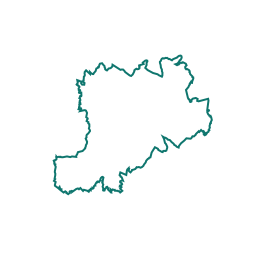 Tepetlán, Veracruz, Mexico (Albers equal-area conic projection), rotated 34°
{"feature_id": "50627088B10984666318853", "entity_name": "Tepetlán", "entity_type": "district", "adm_level": 2, "iso_a3": "MEX", "parent_name": "Mexico", "parent_adm1": "Veracruz", "projection": "albers", "projection_center": [-96.778, 19.664], "detail": "fine", "context": "isolated", "style": "outline", "palette": "teal", "viewbox_px": 256, "rotation_deg": 34, "n_neighbors": 0, "source": "geoboundaries", "source_scale": "gbopen_adm2", "svg_char_len": 5822}
<svg xmlns="http://www.w3.org/2000/svg" viewBox="0 0 256 256"><g transform="rotate(34 128 128)"><path d="M59.2,116.7L61.1,118.6L61.1,120.7L61.7,120.8L62.2,120.4L63.0,120.9L63.8,120.7L64.6,120.9L64.9,121.5L64.9,122.8L65.9,124.0L67.0,123.4L67.3,123.6L67.2,125.0L67.4,125.9L67.8,126.2L68.7,125.8L68.7,125.0L69.4,124.7L71.4,127.4L71.4,127.8L70.5,128.2L71.0,130.3L71.4,130.1L72.9,131.5L72.8,132.5L73.4,133.6L73.9,133.4L74.7,134.2L74.3,134.6L75.1,135.0L74.5,135.8L76.0,137.6L75.7,138.1L76.3,139.0L76.5,140.1L77.9,139.7L77.3,138.6L78.0,138.0L78.6,138.4L79.1,139.6L79.0,140.6L81.8,137.7L82.6,137.2L83.4,137.1L85.6,138.4L87.3,142.4L89.2,142.6L89.5,143.0L89.4,143.8L89.8,145.4L91.9,145.3L92.4,146.3L93.8,146.5L95.3,148.6L95.8,150.2L97.7,151.2L98.2,151.8L98.1,154.8L97.6,156.6L98.0,157.9L98.9,159.0L98.8,160.4L101.8,162.3L102.6,164.0L102.7,165.8L103.4,167.1L103.5,168.3L103.9,168.8L103.2,172.5L100.0,176.0L100.6,178.5L100.5,179.4L100.8,180.5L101.2,180.9L97.5,182.9L96.4,184.4L93.3,185.7L90.3,188.7L88.8,189.6L88.3,189.5L87.8,190.2L87.3,190.2L86.7,190.6L85.4,192.0L84.8,191.8L85.0,192.1L84.8,192.3L86.1,193.7L86.1,194.5L85.2,195.8L85.4,196.3L84.8,196.4L84.7,196.6L86.3,197.7L86.4,198.2L87.0,198.5L87.0,198.9L87.7,199.3L88.2,199.0L88.4,199.7L89.8,200.6L91.5,204.7L92.1,205.6L93.2,206.4L94.1,207.8L95.5,211.1L96.2,211.1L96.2,213.2L98.2,213.2L99.2,216.1L99.7,216.7L104.1,216.9L104.2,215.1L105.1,215.8L105.4,217.1L106.5,217.2L106.6,216.2L107.1,216.0L107.6,217.3L110.7,217.5L111.4,215.6L112.7,215.6L113.7,216.0L113.6,216.3L115.4,216.3L116.0,214.2L115.2,213.4L115.3,212.9L115.7,212.8L116.6,211.5L117.5,211.4L117.6,211.8L119.2,207.5L120.3,206.1L121.6,206.2L122.1,204.4L125.9,205.3L126.0,203.9L129.9,202.6L130.5,201.6L130.9,202.6L130.7,202.8L131.1,202.8L130.9,200.7L132.0,200.5L131.2,199.1L132.7,198.1L132.9,197.5L132.2,197.2L132.9,196.8L132.3,195.3L132.6,194.4L133.1,194.0L132.5,193.5L132.3,191.0L132.4,190.4L132.7,190.6L133.0,190.3L132.8,189.4L133.8,189.1L133.5,188.8L134.2,188.2L134.3,186.7L133.7,186.0L133.5,184.4L133.8,183.2L134.3,182.7L135.3,182.8L136.7,186.2L136.4,186.3L136.8,187.2L137.3,187.1L137.8,188.1L139.1,188.7L139.8,190.9L141.0,191.6L142.0,193.2L142.2,192.9L142.7,193.4L143.1,193.4L143.5,192.9L142.9,191.3L143.4,190.4L143.1,189.0L143.6,188.4L145.3,189.1L145.7,190.0L146.6,190.4L148.4,190.5L149.7,191.0L150.2,190.8L148.0,188.6L149.1,188.7L149.5,189.2L149.7,187.5L151.0,187.2L151.6,186.7L152.3,187.3L154.6,185.8L155.3,185.9L156.1,185.3L157.6,185.8L158.4,183.3L155.5,182.7L155.7,180.6L155.2,180.5L154.8,181.0L154.0,181.2L154.0,180.3L153.6,180.1L154.5,178.8L154.6,177.9L153.7,177.3L152.3,177.5L151.6,177.2L151.3,176.4L152.7,174.5L153.2,174.4L150.4,172.4L148.2,172.5L149.3,172.1L147.4,171.8L146.5,169.1L152.8,167.9L150.9,163.9L150.6,162.8L150.9,161.3L151.0,161.5L151.3,160.9L151.6,160.9L152.2,162.7L153.6,163.5L153.4,163.3L154.9,163.4L155.1,161.3L154.8,160.6L156.0,159.3L157.0,157.8L157.1,155.6L157.9,155.3L158.8,154.3L160.6,153.9L161.4,152.6L161.9,150.8L161.7,149.2L161.9,146.7L161.4,145.0L161.7,142.5L162.3,141.8L162.2,140.8L163.0,139.8L161.3,135.1L161.1,128.9L164.4,128.5L165.3,129.2L169.5,128.9L170.2,128.6L170.0,127.6L170.6,126.8L172.0,126.1L172.4,125.3L171.6,122.5L171.0,121.6L168.4,120.0L167.0,119.7L164.0,116.9L161.9,115.7L163.6,115.6L164.6,115.1L166.7,115.1L167.5,115.4L169.4,114.6L172.1,115.3L174.6,115.5L176.0,116.2L177.2,115.9L178.9,116.3L180.9,115.9L180.3,114.4L180.5,111.0L181.7,106.9L182.2,103.9L185.7,102.0L186.2,101.2L186.1,98.8L187.3,98.2L187.5,97.7L187.5,96.9L187.9,96.2L187.7,94.8L188.4,91.4L188.9,91.7L189.3,91.6L189.7,88.8L191.7,89.2L192.1,88.4L192.7,88.4L193.3,89.5L194.0,88.9L195.2,89.1L194.7,89.9L194.6,91.0L195.7,91.1L196.4,89.6L196.2,88.5L196.3,88.2L196.0,87.7L196.8,86.2L196.4,85.1L196.6,84.6L196.1,84.5L196.2,84.2L195.5,81.7L195.0,81.4L194.3,80.3L194.0,78.9L193.5,78.3L194.0,77.6L193.3,76.6L193.0,74.5L191.0,72.6L190.5,72.3L190.1,72.6L189.5,71.8L188.8,72.3L188.6,72.0L187.0,71.9L184.9,70.6L184.4,69.8L184.8,69.6L185.4,68.3L185.0,68.0L183.6,68.7L179.4,60.3L178.1,59.0L171.6,66.4L170.2,66.8L169.5,65.0L167.4,65.2L165.4,67.3L164.8,69.4L165.2,69.5L165.8,70.6L165.4,71.4L164.8,71.6L162.7,70.0L162.1,70.2L160.8,69.5L154.8,64.0L155.2,60.2L154.8,58.4L155.0,57.4L154.4,56.8L154.4,55.6L154.6,55.9L154.7,55.3L155.8,54.8L155.2,53.6L154.5,50.5L153.8,49.6L153.0,49.9L152.5,49.2L149.5,48.6L148.6,47.7L147.6,47.3L147.6,46.7L147.2,46.3L146.1,45.9L143.8,46.1L143.4,46.8L142.5,46.6L141.7,46.0L141.2,45.2L141.5,43.3L140.0,42.4L136.7,42.8L136.3,44.0L135.4,44.1L135.0,44.5L134.5,47.1L134.1,47.3L133.5,48.5L131.7,48.6L133.0,46.9L133.2,44.5L133.0,42.9L133.5,42.2L133.4,40.7L133.1,39.6L132.2,38.6L131.2,38.5L130.0,39.6L129.3,41.4L129.3,42.1L126.9,45.7L126.6,47.3L123.7,47.6L123.2,48.1L121.2,48.0L120.5,48.7L120.0,48.8L118.9,50.4L117.9,50.6L117.3,51.7L117.4,53.0L117.7,53.9L117.4,55.2L118.0,56.1L119.8,57.5L121.5,59.5L123.4,60.6L124.4,62.0L125.6,62.8L127.2,65.4L127.4,66.5L124.1,67.0L122.5,66.9L118.0,68.4L111.9,69.0L108.7,68.5L108.2,65.4L106.9,63.5L106.9,62.1L106.3,61.4L105.3,61.7L104.6,62.6L103.7,65.5L105.2,66.2L102.2,69.9L102.6,70.5L103.5,70.8L103.5,71.6L104.1,72.2L103.8,73.2L102.8,74.1L101.8,74.2L101.3,75.4L101.0,76.6L101.6,77.7L102.0,81.0L101.5,83.1L100.0,83.5L94.4,83.2L92.9,82.6L91.2,82.3L90.1,83.0L89.2,84.0L79.8,84.2L80.6,85.8L80.5,86.5L80.1,88.1L78.7,89.5L78.4,92.0L77.8,92.2L76.3,92.1L75.7,91.2L74.8,90.9L73.9,89.8L71.9,89.4L70.4,88.8L69.9,89.2L68.8,90.4L68.9,91.5L69.7,93.7L69.6,94.1L69.1,94.2L69.1,94.6L69.5,94.7L68.5,96.4L69.3,98.9L69.0,101.5L69.0,102.6L69.4,103.5L68.9,102.9L67.3,103.3L65.4,102.9L65.9,103.5L65.7,103.9L66.1,104.4L60.1,103.5L61.3,104.0L60.8,105.7L61.5,107.1L62.6,108.2L62.9,109.6L62.7,110.1L64.1,112.5L64.3,113.4L64.7,113.5L65.0,114.9L66.8,115.0L67.5,116.6L65.7,117.7L65.1,117.5L64.1,117.1L63.4,115.5L61.3,116.4L61.0,116.2L59.2,116.7Z" fill="none" stroke="#0f766e" stroke-width="2"/></g></svg>